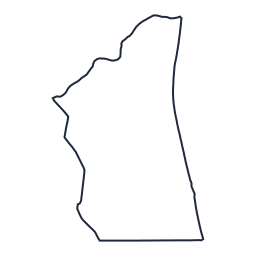 São João da Barra, Rio de Janeiro, Brazil (Albers equal-area conic projection)
{"feature_id": "56859067B49763228552069", "entity_name": "São João da Barra", "entity_type": "district", "adm_level": 2, "iso_a3": "BRA", "parent_name": "Brazil", "parent_adm1": "Rio de Janeiro", "projection": "albers", "projection_center": [-41.074, -21.765], "detail": "fine", "context": "isolated", "style": "outline", "palette": "slate", "viewbox_px": 256, "rotation_deg": 0, "n_neighbors": 0, "source": "geoboundaries", "source_scale": "gbopen_adm2", "svg_char_len": 2076}
<svg xmlns="http://www.w3.org/2000/svg" viewBox="0 0 256 256"><path d="M203.2,239.1L202.0,234.8L201.0,231.4L200.2,227.9L199.5,225.0L198.9,222.3L198.1,218.5L197.6,216.0L197.0,213.4L196.5,210.5L195.7,206.1L195.4,203.6L194.4,197.2L194.6,193.8L191.5,186.5L191.5,183.1L190.2,180.0L189.5,177.0L188.6,173.9L187.9,170.6L187.0,167.2L186.2,163.8L185.6,161.5L185.1,158.7L184.4,155.9L183.7,152.4L182.8,148.5L182.2,146.1L181.8,143.9L181.2,141.1L180.4,138.2L180.0,136.0L179.3,132.9L178.4,129.4L177.8,126.6L177.3,124.3L176.9,122.1L176.5,119.8L175.9,117.2L175.3,114.4L174.7,111.1L174.3,107.9L173.8,104.8L173.5,101.8L173.2,98.3L173.1,95.5L173.0,93.0L173.0,90.3L173.1,87.8L173.2,85.4L173.4,83.0L173.4,80.4L173.6,77.5L173.8,75.3L174.0,72.7L174.3,69.1L174.6,65.7L175.2,62.3L175.9,59.4L176.3,57.0L176.8,54.5L177.2,51.5L177.8,48.2L178.2,45.4L178.7,42.6L179.0,39.4L179.4,36.7L179.9,33.0L180.2,30.2L180.5,27.3L180.9,24.1L181.1,21.3L181.5,18.2L179.9,16.6L177.6,17.5L174.0,18.2L171.2,18.4L169.1,17.9L167.1,17.1L165.0,16.9L162.3,16.9L158.3,15.8L156.0,15.4L153.5,15.4L150.1,17.2L145.9,19.6L142.3,21.6L139.4,23.8L136.2,26.9L134.2,29.9L132.3,32.9L130.0,35.7L127.6,37.0L125.9,38.7L124.0,40.2L122.3,41.5L121.3,43.8L121.6,46.0L120.7,49.1L120.6,52.8L120.3,56.8L118.4,59.0L116.3,60.1L112.2,60.7L108.1,59.5L104.6,58.6L99.5,58.4L97.3,59.0L94.4,61.1L93.2,63.9L92.7,66.5L91.1,68.4L86.6,74.6L81.6,78.0L78.1,81.2L73.6,83.7L70.3,85.9L68.0,88.6L65.8,92.6L63.3,95.0L60.3,96.7L56.7,96.4L52.8,98.1L53.9,100.5L55.5,102.2L57.1,103.9L58.5,105.5L60.5,107.5L64.3,111.7L68.2,116.5L68.0,118.7L67.6,120.9L66.8,124.5L65.9,129.0L64.9,135.0L64.5,137.3L66.4,139.8L69.0,143.2L72.1,146.9L75.8,152.0L77.8,156.0L80.1,160.6L83.6,167.6L84.5,170.1L84.3,172.8L83.7,178.3L83.2,182.6L82.9,184.9L81.8,194.9L81.4,197.8L81.1,200.7L79.9,203.3L77.8,204.3L77.2,208.6L78.3,211.2L79.1,213.2L81.5,218.1L82.8,219.8L84.5,221.6L87.0,224.1L90.7,227.7L93.5,230.4L95.1,232.2L96.9,235.7L98.4,238.5L99.7,240.6L127.2,240.6L135.5,240.6L152.7,240.5L165.9,240.4L190.6,240.3L199.3,240.1L201.4,240.3L203.2,239.1Z" fill="none" stroke="#1e293b" stroke-width="2"/></svg>